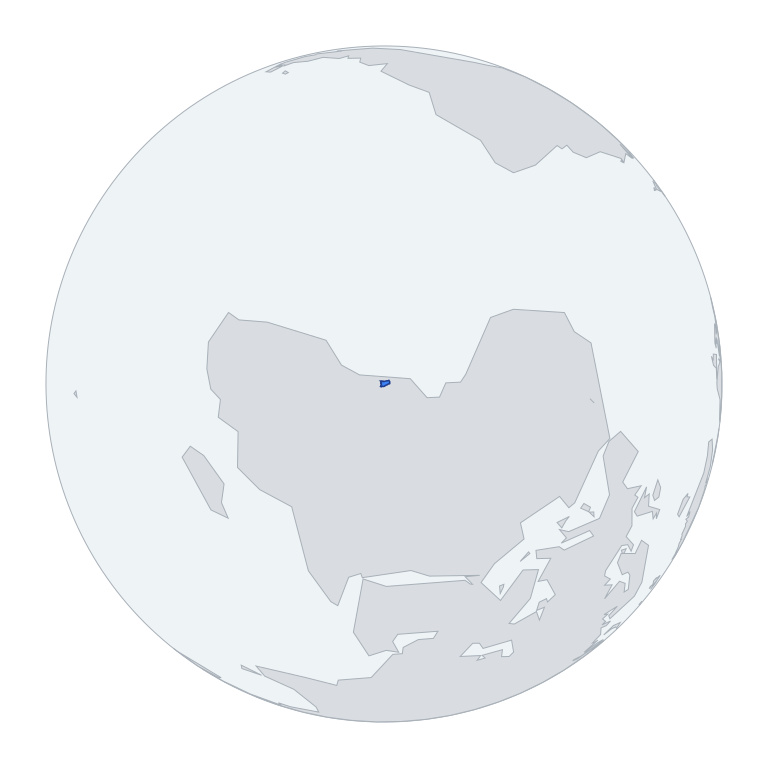 globe centered on Kouilou, rotated 125°
{"feature_id": "COG-3343", "entity_name": "Kouilou", "entity_type": "Region", "adm_level": 1, "iso_a3": "COG", "parent_name": "Republic of the Congo", "parent_adm1": "", "projection": "orthographic", "projection_center": [12.097, -4.264], "detail": "fine", "context": "on_globe", "style": "filled", "palette": "blue", "viewbox_px": 768, "rotation_deg": 125, "n_neighbors": 0, "source": "natural_earth", "source_scale": "10m", "svg_char_len": 7236}
<svg xmlns="http://www.w3.org/2000/svg" viewBox="0 0 768 768"><g transform="rotate(125 384 384)"><circle cx="384" cy="384" r="338" fill="#eef3f6" stroke="#a8b0b8"/><path d="M222.9,86.9L222.2,87.3L211.7,93.3L208.8,95.2L221.3,88.3L204.1,99.7L196.8,108.3L192.0,112.1L178.3,120.0L172.2,121.8L154.4,136.2L168.9,125.1L156.7,136.6L155.9,138.2L158.3,137.1L164.1,132.4L160.6,136.5L144.9,147.9L147.9,144.3L152.8,140.4L149.8,141.8L139.2,151.5L133.9,157.5L125.6,166.2L142.6,147.5L160.9,130.2L180.5,114.2L201.2,99.8L222.9,86.9ZM50.1,332.2L50.0,332.9L52.8,317.9L55.9,308.8L52.3,328.2L56.8,309.6L56.6,318.1L64.9,314.5L63.3,319.2L69.7,340.1L82.6,348.1L85.6,362.0L83.5,371.2L89.3,373.1L89.4,379.0L117.8,385.5L136.7,399.1L139.0,419.8L129.0,444.7L133.5,495.9L119.2,514.3L124.7,535.0L129.5,565.9L119.6,565.0L131.9,579.1L134.2,588.5L130.4,590.0L137.9,600.3L135.5,601.2L143.0,607.3L151.4,621.3L163.3,631.5L172.6,642.5L180.6,648.2L179.6,648.3L181.7,650.9L186.0,654.3L177.5,649.7L161.0,636.4L153.8,629.1L152.2,628.4L135.4,609.5L138.2,613.6L115.4,586.0L100.6,562.3L68.9,494.7L63.5,481.9L57.2,468.4L51.6,445.0L47.9,418.6L46.2,392.0L46.6,365.3L46.9,361.0L47.6,352.0L50.1,332.2ZM69.1,261.3L67.7,265.6L66.6,267.9L69.1,261.3ZM195.9,659.7L180.2,651.7L187.1,655.1L181.6,649.4L193.6,655.8L195.9,659.7ZM184.1,644.5L183.8,641.0L186.7,642.5L187.6,645.4L184.1,644.5ZM713.6,309.5L712.5,305.0L717.1,328.7L719.5,343.2L721.6,369.3L721.5,367.5L719.6,345.2L718.1,336.7L714.6,315.7L706.1,283.8L705.7,287.6L702.0,275.4L690.2,249.3L687.5,254.4L685.8,282.7L691.7,314.1L688.4,327.0L669.3,279.6L658.0,249.8L652.8,251.6L631.8,226.1L600.4,221.7L594.4,214.3L588.8,217.2L573.7,209.3L564.0,197.6L555.6,198.0L581.2,229.2L590.0,229.2L595.3,218.1L600.9,229.4L615.3,240.4L604.9,266.7L555.7,289.3L548.5,266.0L498.3,205.0L498.4,198.6L498.1,197.9L497.3,196.6L495.3,207.0L485.8,195.8L515.3,236.6L521.3,254.9L555.1,290.7L552.5,294.3L562.6,302.1L592.1,294.7L592.8,302.6L580.4,338.8L537.5,389.2L541.8,425.2L536.4,456.1L506.7,476.2L506.3,500.7L490.5,509.1L487.5,523.0L473.2,537.8L450.3,551.9L414.6,552.4L414.7,539.6L400.3,515.1L381.4,456.6L392.9,429.7L390.6,409.3L364.6,365.5L370.5,340.9L362.9,331.0L347.6,334.0L338.6,322.4L329.1,322.6L268.4,334.9L248.6,320.9L222.0,277.2L232.0,258.2L231.6,238.0L299.1,167.7L315.9,170.0L371.9,159.6L379.3,161.6L375.4,175.7L419.5,192.6L430.6,180.4L467.9,190.5L491.0,190.6L494.5,164.4L456.6,163.4L447.4,151.0L475.7,141.1L508.4,144.2L505.9,139.6L483.0,128.6L488.2,121.3L474.8,124.5L481.9,129.1L473.7,131.7L466.6,127.8L468.8,125.0L458.3,122.9L450.8,138.2L457.3,144.5L431.1,147.4L439.4,158.7L433.1,164.1L416.8,147.2L416.7,141.1L388.3,125.1L386.1,131.5L412.7,147.5L405.4,146.3L402.6,156.8L399.0,148.0L370.5,130.4L345.4,135.7L317.3,163.2L301.9,166.8L287.1,163.0L293.5,137.0L327.4,132.2L330.1,124.5L319.9,115.0L331.1,114.9L331.1,111.0L343.6,109.5L357.9,99.6L370.1,98.1L372.6,87.4L379.2,85.7L375.8,92.2L380.0,96.6L409.9,95.4L414.7,93.2L414.0,86.7L422.3,87.9L417.7,82.0L433.4,80.1L410.5,77.9L409.0,72.1L416.7,68.0L412.1,66.1L399.5,73.0L398.2,76.3L403.6,79.5L396.4,90.3L386.8,92.5L378.8,81.0L364.3,83.4L364.4,74.8L398.4,59.1L414.2,57.2L446.7,64.3L444.9,67.0L432.2,65.4L446.7,71.5L444.2,68.7L451.1,70.2L451.4,66.3L456.3,67.3L448.2,62.5L454.3,63.3L459.3,66.3L465.0,62.9L476.7,64.7L475.6,63.6L471.1,61.9L489.0,66.2L487.4,65.2L480.9,63.4L473.5,60.6L467.5,57.8L474.0,59.4L477.1,60.6L493.4,66.3L500.6,70.2L502.6,70.7L497.9,67.8L478.0,60.7L472.5,58.6L482.3,61.6L478.3,60.3L477.6,59.9L483.1,61.2L472.5,58.0L467.9,56.7L491.6,63.7L514.8,72.4L537.2,82.8L558.8,94.8L579.5,108.4L599.1,123.4L617.6,139.8L634.8,157.5L650.7,176.5L665.2,196.5L678.1,217.6L689.5,239.5L699.2,262.3L707.3,285.6L713.6,309.5ZM279.0,200.9L277.9,206.7L277.9,206.8L279.0,200.9ZM545.5,162.6L563.5,165.3L551.0,149.1L556.9,149.2L550.5,144.0L550.0,148.0L533.7,134.6L539.9,131.3L535.4,125.2L529.2,124.1L520.6,132.6L543.8,151.2L541.6,157.1L545.5,162.6ZM65.2,314.2L65.8,317.6L64.1,318.2L65.2,314.2ZM62.9,278.6L62.6,279.8L62.4,280.3L62.9,278.6ZM69.3,272.5L70.4,273.5L68.1,275.7L69.3,272.5ZM67.4,267.3L68.2,272.5L64.0,279.4L63.8,276.5L65.4,273.8L67.4,267.3ZM157.6,135.9L158.7,135.1L160.0,135.0L157.2,137.2L157.6,135.9ZM179.7,124.7L173.5,131.7L175.9,127.8L170.6,131.4L169.1,128.6L189.6,113.9L180.6,120.7L179.7,124.7ZM172.8,122.2L171.4,124.7L172.1,122.6L172.8,122.2ZM319.0,94.0L324.2,95.6L320.9,100.0L305.5,104.7L310.1,98.0L319.0,94.0ZM332.4,97.2L328.7,86.1L338.2,83.6L333.5,86.7L340.1,86.2L334.4,91.1L347.0,100.8L345.0,105.6L317.6,109.9L327.7,105.4L321.9,103.7L332.4,97.2ZM302.6,71.1L301.2,68.7L323.5,66.1L322.3,68.8L306.9,72.8L299.2,72.2L302.6,71.1ZM261.4,69.1L256.4,71.4L245.4,76.0L250.0,73.8L236.7,80.1L236.4,80.0L228.3,84.2L232.8,81.8L261.4,69.1ZM342.5,48.6L343.1,48.6L344.8,48.4L355.3,47.3L356.6,47.2L360.7,47.1L352.1,47.7L362.9,47.4L353.3,48.3L355.2,48.3L349.3,49.3L345.3,50.8L340.6,51.3L341.1,51.8L337.1,52.8L336.3,53.8L327.4,55.4L325.6,56.8L322.4,56.8L321.7,59.1L318.3,58.2L312.9,60.2L319.0,60.0L273.5,71.0L257.1,78.0L245.2,84.8L241.0,83.6L249.4,77.1L264.3,69.4L280.7,63.6L275.8,64.7L282.2,62.4L283.4,62.5L285.4,61.2L291.0,59.5L304.2,55.6L342.5,48.6ZM386.2,156.2L391.6,156.6L399.9,155.8L398.2,162.8L386.2,156.2ZM366.5,144.2L371.2,143.1L372.9,151.7L367.2,151.7L366.5,144.2ZM372.3,135.8L371.3,142.4L368.5,138.8L372.3,135.8ZM380.0,91.2L384.9,90.3L386.0,91.7L384.0,94.2L380.0,91.2ZM390.7,50.2L386.1,49.7L387.2,49.4L382.3,48.0L389.0,47.8L394.6,48.5L390.7,50.2ZM489.0,168.6L483.2,173.5L479.3,170.9L482.1,169.7L489.0,168.6ZM439.2,167.3L451.3,170.7L438.6,169.3L439.2,167.3ZM397.3,49.7L394.4,49.0L399.5,49.4L397.3,49.7ZM393.6,47.6L399.4,47.9L389.2,47.6L393.6,47.6ZM571.0,627.8L569.7,632.5L566.3,632.4L571.0,627.8ZM586.4,453.5L559.7,507.4L546.1,507.0L546.0,490.6L557.6,457.7L574.4,449.1L583.3,434.7L586.4,453.5ZM721.3,404.5L721.5,400.2L718.0,348.9L719.4,351.2L721.8,374.4L721.3,404.5ZM692.8,317.2L698.6,337.2L696.2,339.7L692.8,317.2ZM450.7,53.4L450.2,54.9L454.2,57.3L463.5,60.1L450.2,57.5L443.9,53.7L450.7,53.4ZM418.7,48.3L418.0,48.6L413.9,48.1L418.7,48.3Z" fill="#d9dde1" stroke="#a8b0b8" stroke-width="1"/><path d="M388.0,384.8L387.9,384.7L387.8,384.8L387.7,385.0L387.5,385.3L387.4,385.3L387.2,385.7L387.0,385.8L386.4,385.9L386.0,386.0L385.9,386.0L385.7,386.0L385.7,386.3L385.6,386.5L385.4,387.0L385.2,387.1L384.9,387.1L384.7,387.0L384.6,386.9L384.5,387.0L384.4,387.6L384.2,387.8L383.5,388.4L383.5,388.5L383.4,388.4L383.2,388.1L383.0,387.8L382.8,387.6L382.8,386.8L382.5,386.8L382.4,386.7L382.1,386.5L382.1,386.4L382.3,386.3L382.4,386.2L382.3,385.8L381.6,385.2L381.0,384.7L380.5,384.2L380.2,384.0L379.9,383.7L379.7,383.4L379.7,383.2L379.1,382.7L378.6,382.3L378.4,382.2L378.2,382.1L378.3,381.9L378.7,380.8L378.8,380.7L379.0,380.5L379.2,380.4L379.3,380.3L379.5,380.1L379.8,380.1L380.0,380.0L380.1,379.8L380.2,379.7L380.4,379.5L380.7,379.6L380.9,379.8L381.4,380.5L381.5,380.6L381.9,380.6L382.0,380.6L382.4,380.7L382.5,380.7L382.6,380.9L382.7,381.0L382.8,381.0L383.0,381.1L383.8,381.7L384.0,381.7L384.1,381.8L384.4,381.8L384.5,381.9L384.7,382.0L384.8,382.2L385.0,382.2L385.2,382.3L385.3,382.3L385.5,382.3L385.7,382.5L385.8,382.6L386.0,382.7L386.6,383.3L386.7,383.5L386.6,383.8L386.7,384.0L386.9,384.3L387.0,384.4L387.5,384.4L387.7,384.5L387.9,384.6L388.0,384.7L388.0,384.8Z" fill="#3b82f6" stroke="#1e3a8a" stroke-width="1.5"/></g></svg>